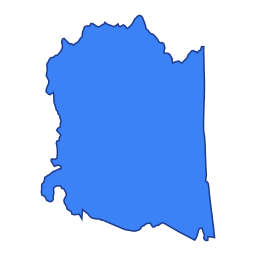 the district of Una, Bahia, Brazil
{"feature_id": "56859067B7113897673076", "entity_name": "Una", "entity_type": "district", "adm_level": 2, "iso_a3": "BRA", "parent_name": "Brazil", "parent_adm1": "Bahia", "projection": "equal_earth", "projection_center": [-39.164, -15.214], "detail": "fine", "context": "isolated", "style": "filled", "palette": "blue", "viewbox_px": 256, "rotation_deg": 0, "n_neighbors": 0, "source": "geoboundaries", "source_scale": "gbopen_adm2", "svg_char_len": 3989}
<svg xmlns="http://www.w3.org/2000/svg" viewBox="0 0 256 256"><path d="M49.4,201.6L51.6,201.5L53.2,199.6L53.2,196.2L53.7,194.4L53.9,192.3L53.6,190.1L53.5,188.2L54.6,187.0L56.6,186.0L60.5,185.8L61.9,188.4L63.7,188.8L64.8,190.5L66.3,193.8L65.9,196.8L64.7,198.0L63.9,200.2L64.3,202.9L65.4,204.5L66.4,206.5L67.1,208.9L68.8,210.3L70.9,211.1L72.0,214.1L74.4,214.8L76.8,214.4L79.2,214.3L80.5,216.4L81.8,218.9L82.6,209.5L84.1,210.8L86.0,212.5L87.8,213.7L88.8,215.0L90.0,216.6L91.7,217.8L93.4,218.4L95.9,218.8L97.3,219.0L99.6,219.0L101.2,220.1L102.7,220.1L124.7,229.5L132.4,230.9L134.3,231.1L135.8,231.0L137.2,230.5L138.8,230.1L140.7,228.6L141.4,226.7L142.7,226.0L144.1,225.6L145.7,224.1L147.7,223.4L149.9,223.0L151.4,224.8L152.5,226.9L154.5,226.9L156.2,225.4L158.4,225.4L160.1,224.0L161.9,222.8L163.8,223.1L174.6,229.3L179.1,231.9L194.7,240.1L196.0,238.2L197.1,235.6L198.2,231.7L198.6,229.9L199.8,228.3L202.2,228.5L202.8,230.7L203.5,232.9L204.4,235.2L203.7,238.0L204.6,239.6L206.0,240.6L207.8,240.3L207.9,236.8L209.9,236.7L214.6,237.6L214.2,234.1L213.9,231.2L213.6,228.1L213.3,225.1L212.9,222.8L212.6,220.2L212.2,216.7L211.8,213.2L211.3,210.6L211.1,208.5L210.8,206.3L210.6,204.2L210.3,201.9L210.0,199.0L209.6,196.4L209.4,193.8L209.1,190.8L208.9,188.8L208.7,186.6L208.2,183.4L206.9,181.7L205.6,180.8L205.9,178.2L206.3,175.9L206.3,173.2L206.1,171.0L206.0,168.8L205.8,165.9L205.7,163.5L205.7,160.5L205.5,157.8L205.4,155.3L205.4,153.1L205.3,151.3L205.2,149.0L205.1,146.9L205.1,144.6L204.8,141.2L204.6,137.4L204.3,134.7L203.9,132.6L203.6,130.1L203.6,127.9L203.6,125.6L203.5,123.6L203.6,121.2L203.6,118.3L203.7,114.9L203.8,111.7L203.9,109.3L204.0,106.7L204.0,103.3L204.2,100.1L204.3,97.4L204.3,94.4L204.4,92.2L204.4,89.8L204.4,86.8L204.4,83.9L204.4,81.5L204.4,79.0L204.3,76.6L204.2,74.4L204.1,72.1L204.1,69.0L204.0,66.6L204.0,64.8L204.0,62.1L203.9,59.0L203.8,55.1L203.7,52.5L203.7,49.7L203.8,46.7L201.6,46.6L200.5,50.1L198.6,51.0L197.5,52.9L196.1,51.6L194.6,51.4L193.4,50.5L191.7,50.9L190.0,52.8L188.2,54.8L187.1,57.8L185.4,59.4L183.7,61.2L182.4,62.6L181.1,63.0L179.9,61.9L178.7,61.0L176.9,61.5L174.8,62.0L172.7,63.1L172.2,61.4L172.2,58.5L170.7,56.2L169.9,54.6L168.3,53.4L166.2,53.2L164.0,53.0L164.1,50.5L164.9,48.1L164.4,45.8L163.7,43.6L162.3,42.6L160.5,43.0L158.7,41.6L157.8,39.7L156.8,38.5L155.6,36.9L154.3,35.5L153.1,34.3L151.0,33.8L149.7,32.6L148.3,30.7L147.0,29.4L145.8,28.4L145.6,25.9L144.7,23.3L143.5,20.0L142.5,17.5L141.3,16.1L139.8,15.4L138.1,15.9L137.0,16.8L135.7,18.3L134.6,19.2L133.6,21.4L132.4,23.4L131.1,25.2L129.6,26.6L128.2,27.8L126.8,28.4L124.9,25.7L123.1,24.9L120.4,26.6L118.7,26.0L118.0,23.9L116.3,25.3L113.8,26.7L111.1,25.5L108.9,24.8L107.2,24.2L104.9,22.3L103.9,24.1L102.3,24.8L100.4,26.0L98.6,27.0L96.2,25.9L94.3,24.6L93.0,23.8L91.0,23.4L89.6,26.1L87.9,25.9L86.0,26.1L84.5,26.9L83.6,29.4L82.6,32.0L82.1,36.7L80.5,38.3L79.2,40.2L77.8,42.2L76.4,42.8L74.9,43.8L73.4,45.2L71.8,43.8L69.7,43.8L67.8,42.2L66.0,40.3L64.0,38.4L62.5,39.0L61.6,42.1L62.2,44.7L62.6,46.9L62.0,48.7L60.7,51.2L58.9,53.6L57.4,55.2L55.4,55.5L53.9,56.9L52.3,57.5L50.8,57.8L49.6,58.9L48.5,61.4L46.8,64.1L47.1,67.6L47.3,70.4L46.7,72.6L46.3,75.8L47.5,78.0L48.7,80.5L48.8,83.3L47.7,85.5L46.3,89.1L46.1,91.8L47.3,92.9L48.6,94.2L50.2,94.7L51.9,93.3L53.3,92.4L53.8,95.6L53.9,98.9L53.9,100.7L54.4,103.7L55.2,105.7L55.7,107.5L56.2,109.7L57.5,111.3L58.1,113.9L59.4,115.1L59.9,117.6L60.6,119.7L61.1,121.7L60.3,123.1L60.3,126.8L57.9,128.3L56.6,130.2L58.0,131.9L59.7,133.7L60.8,135.3L59.3,137.6L59.0,140.8L56.9,141.0L56.3,143.0L56.7,145.1L57.3,148.8L57.4,152.7L57.0,158.2L55.4,159.1L53.7,159.2L52.3,158.9L51.1,159.6L51.3,161.4L52.4,162.9L53.5,165.2L54.9,166.5L57.1,165.2L59.2,165.3L60.9,166.6L61.0,168.7L59.4,168.8L57.2,169.9L54.8,171.0L52.9,171.6L51.8,172.8L50.2,173.7L49.0,175.1L47.5,175.5L46.2,176.7L44.8,177.3L44.4,180.3L43.4,182.7L41.9,184.1L41.6,186.2L41.7,188.6L41.4,190.9L41.4,193.0L42.0,195.2L43.6,195.7L44.8,196.6L45.9,198.5L46.6,200.3L47.9,200.8L49.4,201.6Z" fill="#3b82f6" stroke="#1e3a8a" stroke-width="1.5"/></svg>